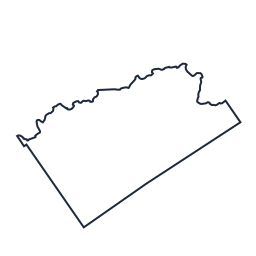 Florence, Wisconsin, United States of America, rotated 325°
{"feature_id": "52423323B70097344617018", "entity_name": "Florence", "entity_type": "district", "adm_level": 2, "iso_a3": "USA", "parent_name": "United States of America", "parent_adm1": "Wisconsin", "projection": "natural_earth1", "projection_center": [-88.334, 45.867], "detail": "fine", "context": "isolated", "style": "outline", "palette": "slate", "viewbox_px": 256, "rotation_deg": 325, "n_neighbors": 0, "source": "geoboundaries", "source_scale": "gbopen_adm2", "svg_char_len": 2500}
<svg xmlns="http://www.w3.org/2000/svg" viewBox="0 0 256 256"><g transform="rotate(325 128 128)"><path d="M223.6,161.5L219.4,161.7L218.1,161.2L217.5,160.1L217.1,159.9L214.4,160.0L212.7,159.6L211.0,157.8L209.9,157.4L208.9,155.0L209.2,154.5L209.2,154.0L208.6,153.0L208.0,152.6L206.0,152.5L201.9,150.4L201.1,149.6L199.8,146.7L200.1,145.6L200.6,145.1L202.4,143.5L203.9,142.6L204.5,141.2L206.5,139.3L207.3,138.8L208.1,138.7L208.8,138.1L211.4,134.6L214.3,132.4L214.7,131.7L215.4,129.8L216.2,128.8L216.5,128.8L217.7,129.3L218.4,128.9L219.1,126.1L218.8,124.7L216.4,122.8L215.7,122.5L212.1,123.0L210.8,122.5L210.3,121.6L209.2,116.6L209.0,116.4L209.0,114.9L209.1,113.5L209.4,112.6L210.2,111.1L211.1,110.4L212.3,109.8L212.2,109.3L211.9,108.5L209.9,106.8L209.4,106.7L206.1,106.6L205.7,106.8L205.2,107.0L204.2,107.2L202.8,106.9L202.4,106.5L202.4,106.2L202.8,105.7L202.4,105.1L198.3,103.4L196.8,102.2L196.6,102.0L196.7,101.5L192.9,100.1L191.5,100.1L191.3,100.4L189.4,99.9L188.6,99.3L187.7,97.8L187.0,97.0L183.4,95.0L182.7,94.8L181.4,94.6L181.0,94.6L179.6,95.9L179.7,97.7L177.3,98.1L176.9,98.0L175.7,97.0L173.5,96.4L173.0,96.3L171.7,96.7L170.1,96.8L168.1,96.2L167.3,95.7L166.7,95.0L166.3,94.2L166.0,93.3L166.2,92.5L166.1,90.8L165.3,90.5L164.9,90.6L163.5,90.6L163.0,90.9L162.1,92.2L159.4,92.9L154.8,93.9L152.0,95.4L151.2,95.4L150.6,94.4L149.4,93.4L146.8,92.2L144.6,91.6L143.4,92.0L141.1,90.4L140.5,89.7L139.1,88.5L125.2,79.7L123.7,80.2L124.0,81.1L122.6,83.2L120.6,84.1L119.5,84.1L118.3,83.7L116.2,84.3L115.8,84.5L114.6,86.0L114.0,86.0L112.9,85.5L112.1,84.8L112.3,84.1L112.0,83.5L111.2,82.6L108.8,81.8L108.2,81.1L107.0,80.1L106.0,80.1L104.3,80.4L103.8,80.3L102.6,79.0L102.7,77.9L102.6,77.4L101.3,76.7L99.1,76.2L97.5,76.1L96.4,76.9L96.2,77.8L96.6,78.5L96.0,79.2L95.0,79.6L92.7,80.0L90.9,79.5L89.4,78.3L89.2,77.9L89.6,77.1L89.6,76.8L89.0,76.3L88.6,76.3L86.8,71.3L86.7,69.8L86.4,69.3L85.7,69.0L84.2,68.7L81.6,68.9L80.5,68.4L78.7,68.2L78.3,68.3L78.4,68.7L78.0,69.4L76.7,70.7L76.1,71.1L73.1,71.4L71.8,70.6L68.6,70.4L66.8,71.1L66.3,71.9L64.0,73.7L61.4,74.5L61.2,74.3L60.3,72.0L60.1,70.8L60.0,70.6L58.7,69.6L57.6,69.6L56.9,70.2L55.8,72.2L54.6,75.2L54.5,76.9L54.1,80.1L53.7,80.8L53.1,81.2L50.8,80.9L47.7,81.1L47.4,81.3L47.2,82.2L46.6,82.3L40.4,80.6L39.3,80.8L38.9,80.8L38.6,80.7L38.3,80.4L38.4,79.8L38.6,79.4L38.5,79.1L37.5,78.4L36.3,76.8L36.4,76.5L36.7,76.5L36.3,74.5L35.3,72.3L33.9,71.2L32.6,71.0L32.4,83.3L35.3,83.3L34.8,184.0L111.4,184.1L223.4,187.8L223.6,161.5Z" fill="none" stroke="#1e293b" stroke-width="2"/></g></svg>